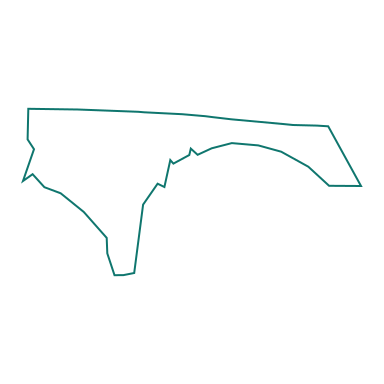 Pickett, Tennessee, United States of America (Natural Earth projection)
{"feature_id": "52423323B56559053703278", "entity_name": "Pickett", "entity_type": "district", "adm_level": 2, "iso_a3": "USA", "parent_name": "United States of America", "parent_adm1": "Tennessee", "projection": "natural_earth1", "projection_center": [-85.035, 36.517], "detail": "fine", "context": "isolated", "style": "outline", "palette": "teal", "viewbox_px": 384, "rotation_deg": 0, "n_neighbors": 0, "source": "geoboundaries", "source_scale": "gbopen_adm2", "svg_char_len": 598}
<svg xmlns="http://www.w3.org/2000/svg" viewBox="0 0 384 384"><path d="M212.4,117.1L205.4,116.2L182.1,114.2L144.3,112.3L138.4,111.8L77.8,109.5L28.3,108.8L27.6,139.4L34.0,149.2L23.0,181.0L32.6,174.2L44.4,187.2L60.7,193.3L83.8,212.0L106.7,237.9L107.3,253.4L114.5,275.2L123.5,275.1L134.2,273.0L143.1,204.6L157.6,183.7L164.4,187.0L170.3,160.1L173.4,163.6L189.3,155.0L190.8,148.6L197.6,154.8L211.7,148.3L231.8,143.1L258.3,145.4L281.2,151.7L308.3,166.7L329.1,185.8L361.0,186.0L328.2,126.3L317.0,125.6L292.9,125.0L282.8,124.0L231.3,119.3L212.4,117.1Z" fill="none" stroke="#0f766e" stroke-width="2"/></svg>